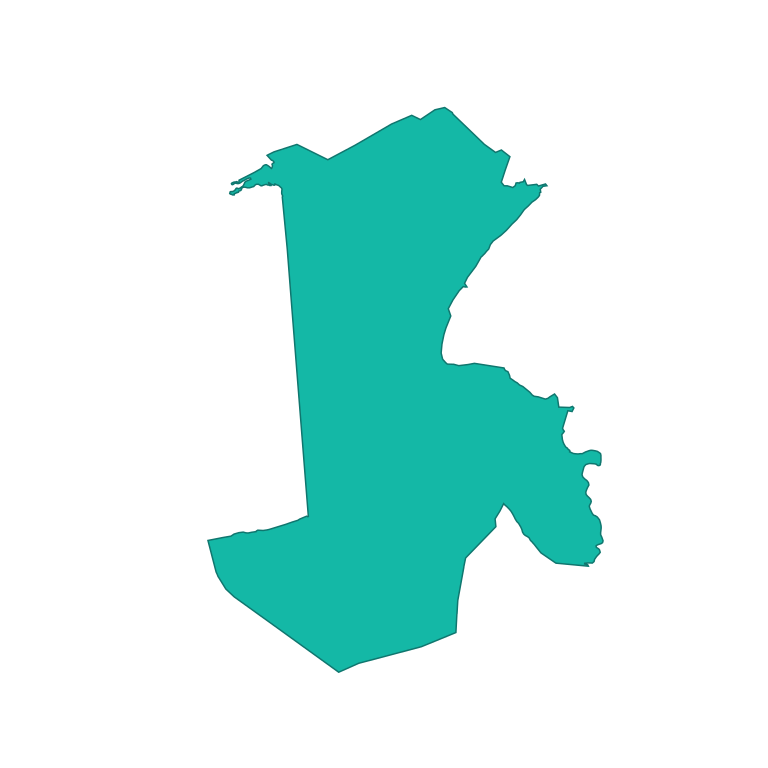 outline of San Dionisio del Mar, Oaxaca, Mexico, rotated 152°
{"feature_id": "50627088B65923103498155", "entity_name": "San Dionisio del Mar", "entity_type": "district", "adm_level": 2, "iso_a3": "MEX", "parent_name": "Mexico", "parent_adm1": "Oaxaca", "projection": "natural_earth1", "projection_center": [-94.764, 16.327], "detail": "fine", "context": "isolated", "style": "filled", "palette": "teal", "viewbox_px": 768, "rotation_deg": 152, "n_neighbors": 0, "source": "geoboundaries", "source_scale": "gbopen_adm2", "svg_char_len": 5667}
<svg xmlns="http://www.w3.org/2000/svg" viewBox="0 0 768 768"><g transform="rotate(152 384 384)"><path d="M379.9,640.8L378.3,634.5L377.5,633.7L376.9,632.2L377.2,631.1L378.2,631.1L378.7,630.9L379.7,630.7L380.0,629.1L380.6,628.3L381.5,627.4L382.3,627.2L382.7,628.4L383.2,629.8L384.1,631.5L384.9,632.8L386.0,633.3L388.0,633.4L389.3,632.8L391.4,631.9L399.8,631.7L416.3,632.0L416.8,631.1L417.2,630.4L417.6,629.8L418.2,630.3L418.4,630.8L418.7,631.4L419.1,631.9L419.9,632.0L420.8,632.3L421.5,632.7L422.6,632.8L423.4,632.9L424.2,632.8L424.7,632.5L424.7,631.6L424.2,631.1L423.2,631.0L422.6,631.2L421.2,631.2L420.5,630.9L420.1,630.5L419.7,630.0L418.7,629.4L417.5,629.1L416.2,629.1L415.0,629.3L413.6,629.5L412.3,629.4L410.8,629.5L408.5,629.5L407.0,629.3L405.8,629.0L405.2,628.4L405.4,627.3L406.3,627.4L408.0,627.4L409.4,627.7L410.9,627.7L412.0,627.5L412.7,627.0L413.7,626.2L415.0,625.3L416.4,624.8L417.3,624.9L418.5,624.6L419.5,624.6L420.8,624.7L421.3,625.5L422.4,626.2L423.4,625.8L424.0,625.2L425.0,625.2L426.2,624.8L427.3,625.1L427.7,625.1L428.2,625.5L428.8,625.8L429.2,625.9L429.8,625.8L430.3,625.1L430.8,624.6L430.5,623.8L429.8,623.3L429.4,622.7L428.9,622.0L428.1,621.6L427.5,621.3L427.1,621.8L426.8,622.4L425.9,622.1L425.0,622.0L424.4,622.3L423.6,621.8L422.4,621.7L422.1,622.3L421.2,622.4L419.8,622.1L418.6,622.5L418.3,623.2L417.7,623.5L416.6,623.9L415.5,623.6L414.4,623.1L413.6,622.4L412.4,621.3L410.7,620.4L409.4,620.1L407.6,619.8L406.4,619.5L404.3,620.2L403.2,620.3L402.2,619.9L401.1,619.3L400.3,618.0L399.6,616.8L398.6,616.3L397.8,616.3L397.7,616.3L396.8,616.1L396.0,616.0L395.1,615.8L394.2,615.5L393.4,614.4L392.5,613.9L391.9,613.1L391.5,612.8L391.2,612.6L390.7,612.4L390.9,613.4L391.4,614.5L391.7,615.2L391.7,615.7L391.3,616.0L390.7,615.2L390.2,614.0L389.7,613.1L389.0,612.5L388.2,611.5L387.2,610.9L386.7,611.0L386.8,611.7L386.4,611.9L385.9,611.3L385.4,610.4L384.6,609.6L384.0,609.0L383.6,608.3L383.1,606.8L382.5,605.2L382.6,603.9L383.1,603.2L383.8,602.2L384.5,601.0L385.0,600.0L385.1,599.1L385.2,597.5L385.7,597.1L386.0,596.9L406.1,548.5L428.1,498.0L512.4,303.9L513.0,302.5L513.6,302.6L513.7,302.9L514.4,303.6L521.8,304.3L524.1,304.1L529.9,305.2L536.6,306.2L553.7,309.5L555.9,310.1L559.5,311.4L564.1,314.2L565.8,314.1L566.2,313.7L570.7,315.3L573.9,316.2L575.8,317.4L577.8,319.3L582.0,320.9L586.9,321.9L590.5,321.5L598.4,324.1L612.9,328.5L620.5,296.8L620.6,294.6L620.9,291.8L620.8,291.0L619.9,277.2L616.2,266.4L589.1,211.5L587.1,207.4L559.3,150.8L537.5,149.3L474.3,134.5L437.2,130.8L427.7,146.6L427.4,146.9L420.5,158.2L399.8,184.4L399.3,185.2L393.6,192.1L352.2,205.5L349.2,212.8L341.3,217.4L339.9,218.4L334.5,222.2L334.2,220.8L333.0,217.7L332.1,214.5L331.6,212.1L331.4,208.9L331.4,205.6L331.5,203.1L331.3,200.2L330.6,197.8L330.5,195.9L330.4,193.3L330.6,190.7L331.2,188.2L331.1,185.9L330.4,184.0L329.1,182.1L328.1,180.1L328.1,177.1L327.4,175.0L327.1,173.4L326.7,172.0L326.0,168.0L324.7,161.2L317.2,146.8L316.3,145.1L289.1,127.2L289.0,128.7L290.1,129.8L291.4,130.9L290.9,131.5L288.6,130.5L287.4,130.0L284.1,128.1L281.9,128.6L280.4,130.3L277.3,131.9L275.6,132.5L273.7,133.1L272.1,133.9L271.6,136.4L271.9,137.8L272.6,138.9L273.2,140.2L272.8,141.5L271.8,141.7L270.8,141.7L269.3,141.5L267.3,141.1L265.5,141.3L264.2,142.7L263.6,146.5L263.5,149.1L262.6,150.9L261.7,152.2L260.8,153.5L259.8,155.0L258.9,156.9L258.1,159.8L257.5,162.9L258.1,166.4L259.2,168.4L260.6,169.9L260.9,172.1L260.8,174.5L260.7,176.9L260.4,178.7L260.1,179.8L258.9,180.8L257.3,181.8L256.1,183.1L255.7,185.1L256.3,187.5L257.0,189.5L257.4,191.6L256.6,193.8L254.9,195.4L252.9,197.0L250.5,198.6L249.8,201.0L250.2,203.5L251.4,206.1L252.1,208.7L251.7,211.0L250.4,212.6L249.1,214.0L247.7,215.5L246.6,216.7L245.5,217.4L243.6,218.1L241.3,217.7L239.8,217.3L238.8,216.7L235.6,214.7L234.1,213.4L233.8,212.1L233.3,211.5L232.4,211.0L231.4,210.9L230.7,211.4L230.4,212.1L229.6,212.8L228.6,214.2L227.8,215.6L227.0,217.2L226.0,219.1L225.5,220.9L225.9,221.9L226.5,223.0L227.2,224.3L228.7,225.7L230.2,226.9L231.3,227.7L232.5,228.4L234.0,228.8L238.0,229.4L241.6,229.4L243.3,230.3L245.5,231.1L247.4,232.3L249.4,233.7L251.1,235.9L252.4,237.5L251.7,236.9L251.3,237.4L251.3,238.5L252.0,239.6L252.2,241.3L253.0,242.7L253.2,243.8L253.3,246.8L253.1,248.8L252.5,251.4L251.6,253.6L251.3,254.5L250.7,255.9L248.2,256.9L247.0,257.6L247.3,259.7L247.1,261.1L234.2,274.1L230.9,271.4L227.6,273.7L228.1,275.7L231.1,276.1L240.5,281.5L237.3,290.5L238.1,295.1L243.6,294.8L245.9,294.4L248.6,294.9L253.9,300.3L257.2,302.7L258.3,304.7L259.1,308.2L260.8,312.3L262.6,316.6L264.8,319.5L265.8,322.4L267.3,324.7L268.2,326.7L269.9,329.9L269.1,332.7L268.8,336.7L270.3,338.6L270.7,340.1L270.5,341.8L294.5,359.8L300.6,361.7L309.4,365.1L313.1,368.6L318.7,371.8L319.4,373.6L319.5,373.8L320.6,378.3L319.0,384.5L314.1,392.0L307.9,399.5L303.0,404.4L293.1,412.7L291.9,420.3L283.6,425.9L273.7,431.1L268.3,432.8L266.6,431.4L265.2,430.8L265.6,435.1L260.2,439.0L247.7,444.8L240.6,449.3L238.8,450.5L236.9,450.9L236.2,451.2L233.8,451.9L231.0,453.1L228.2,454.0L224.7,457.1L220.5,459.0L210.5,460.5L203.6,462.3L196.2,465.0L189.7,466.8L183.9,469.3L179.0,471.8L177.3,472.4L173.2,473.4L168.0,475.1L163.6,475.6L160.1,476.6L158.2,477.5L156.8,479.8L155.6,479.7L154.6,482.6L150.8,483.9L147.1,482.6L147.5,484.8L154.7,486.3L155.4,488.6L164.0,491.9L164.5,493.2L163.9,498.6L166.1,497.2L169.3,498.2L170.1,497.8L171.3,498.8L173.0,499.5L175.0,497.5L178.0,497.0L182.1,501.1L184.9,502.6L185.7,507.1L176.5,516.0L166.1,525.6L170.5,535.5L176.8,536.1L182.9,548.5L196.4,589.8L196.3,591.6L200.6,599.6L210.3,602.2L227.7,600.4L233.4,608.2L255.2,610.0L297.7,608.4L328.3,608.4L345.3,632.1L348.4,636.4L372.1,640.6L378.2,640.8L379.9,640.8Z" fill="#14b8a6" stroke="#0f766e" stroke-width="1.5"/></g></svg>